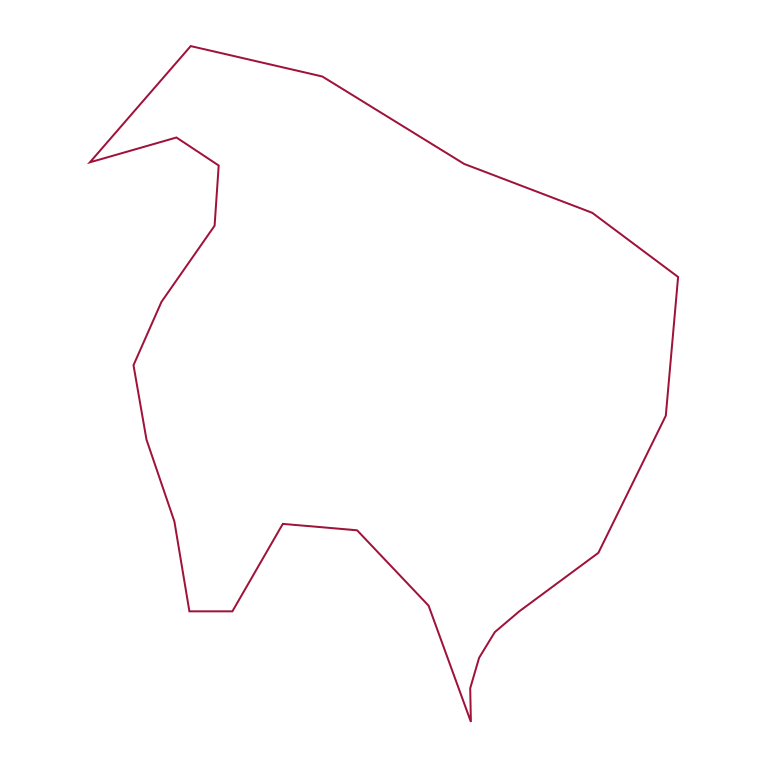 Norfolk Island, Robinson projection
{"feature_id": "NFK", "entity_name": "Norfolk Island", "entity_type": "country or territory", "adm_level": 0, "iso_a3": "NFK", "parent_name": "Oceania", "parent_adm1": "", "projection": "robinson", "projection_center": [167.943, -29.055], "detail": "fine", "context": "isolated", "style": "outline", "palette": "rose", "viewbox_px": 768, "rotation_deg": 0, "n_neighbors": 0, "source": "natural_earth", "source_scale": "50m", "svg_char_len": 435}
<svg xmlns="http://www.w3.org/2000/svg" viewBox="0 0 768 768"><path d="M322.3,76.5L464.1,163.9L592.2,212.8L678.1,277.0L665.8,415.7L598.4,552.8L519.3,611.3L494.8,632.1L479.1,657.8L470.2,688.3L470.9,721.9L428.6,605.7L357.1,530.3L282.8,523.9L232.4,611.3L189.4,611.3L174.4,521.5L146.5,439.7L133.5,365.2L161.5,301.8L214.6,225.7L218.7,165.5L176.4,137.5L89.9,162.3L190.7,46.1L322.3,76.5Z" fill="none" stroke="#9f1239" stroke-width="2"/></svg>